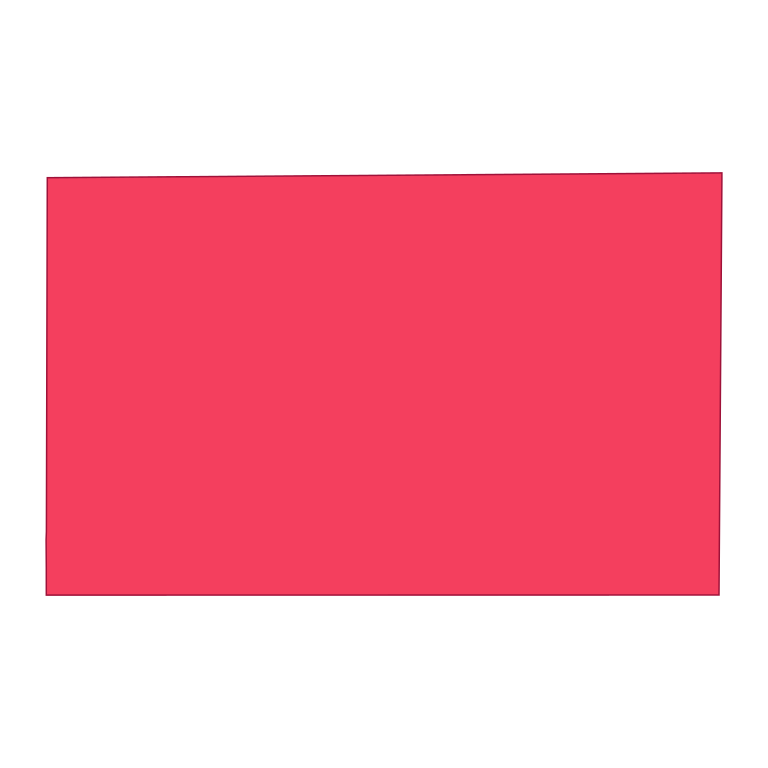 Oldham, Texas, United States of America (Natural Earth projection)
{"feature_id": "52423323B29026545860806", "entity_name": "Oldham", "entity_type": "district", "adm_level": 2, "iso_a3": "USA", "parent_name": "United States of America", "parent_adm1": "Texas", "projection": "natural_earth1", "projection_center": [-102.75, 35.405], "detail": "fine", "context": "isolated", "style": "filled", "palette": "rose", "viewbox_px": 768, "rotation_deg": 0, "n_neighbors": 0, "source": "geoboundaries", "source_scale": "gbopen_adm2", "svg_char_len": 234}
<svg xmlns="http://www.w3.org/2000/svg" viewBox="0 0 768 768"><path d="M47.3,177.7L46.4,531.5L46.1,539.9L46.3,567.8L46.3,595.1L719.0,595.0L721.9,180.0L721.9,172.9L47.3,177.7Z" fill="#f43f5e" stroke="#9f1239" stroke-width="1.5"/></svg>